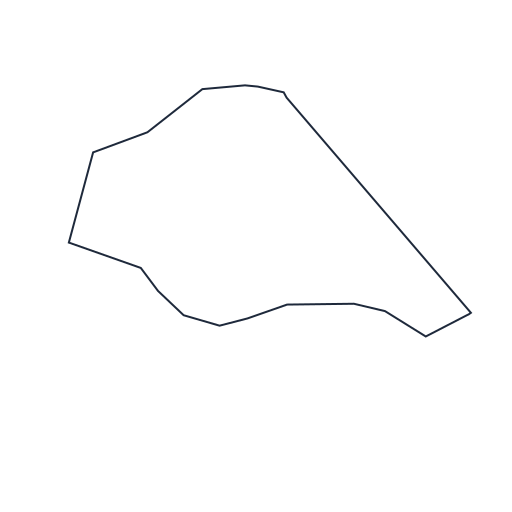 map outline of Žirovnica (Robinson projection), rotated 48°
{"feature_id": "SVN-259", "entity_name": "Žirovnica", "entity_type": "Municipality", "adm_level": 1, "iso_a3": "SVN", "parent_name": "Slovenia", "parent_adm1": "", "projection": "robinson", "projection_center": [14.178, 46.406], "detail": "fine", "context": "isolated", "style": "outline", "palette": "slate", "viewbox_px": 512, "rotation_deg": 48, "n_neighbors": 0, "source": "natural_earth", "source_scale": "10m", "svg_char_len": 414}
<svg xmlns="http://www.w3.org/2000/svg" viewBox="0 0 512 512"><g transform="rotate(48 256 256)"><path d="M152.9,125.9L158.8,127.3L442.0,134.3L441.7,137.0L441.2,138.6L429.4,183.7L383.3,197.0L357.0,215.2L312.9,265.4L296.7,304.1L283.4,329.7L251.6,349.4L216.4,352.2L187.8,349.6L120.8,386.1L70.0,307.7L91.4,253.9L96.1,184.2L121.8,150.0L131.3,141.3L152.9,125.9Z" fill="none" stroke="#1e293b" stroke-width="2"/></g></svg>